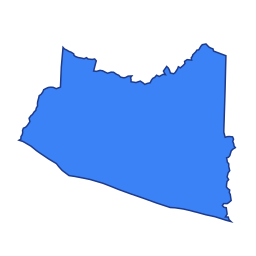 the district of Santa Helena, Paraná, Brazil, rotated 273°
{"feature_id": "56859067B88901030092463", "entity_name": "Santa Helena", "entity_type": "district", "adm_level": 2, "iso_a3": "BRA", "parent_name": "Brazil", "parent_adm1": "Paraná", "projection": "orthographic", "projection_center": [-54.285, -24.867], "detail": "fine", "context": "isolated", "style": "filled", "palette": "blue", "viewbox_px": 256, "rotation_deg": 273, "n_neighbors": 0, "source": "geoboundaries", "source_scale": "gbopen_adm2", "svg_char_len": 2305}
<svg xmlns="http://www.w3.org/2000/svg" viewBox="0 0 256 256"><g transform="rotate(273 128 128)"><path d="M180.2,129.1L179.8,125.4L178.4,123.1L177.9,121.3L178.4,117.9L180.2,116.0L181.0,113.8L182.9,110.7L182.9,108.2L181.6,104.8L182.6,102.3L183.8,99.7L184.1,97.0L182.9,93.6L183.1,90.7L190.7,92.2L193.4,92.8L195.2,91.1L194.6,88.8L194.8,84.5L196.1,82.9L194.9,80.6L195.4,77.7L195.8,74.4L196.6,71.9L197.6,70.3L199.2,69.9L200.7,67.3L201.5,64.8L202.5,63.0L203.6,60.4L205.1,58.9L185.4,58.2L165.3,58.4L163.5,54.3L164.7,51.1L164.7,48.6L164.3,46.3L163.2,44.1L161.8,41.8L159.6,41.1L157.0,39.4L155.6,37.6L153.7,37.3L149.4,36.4L147.7,36.3L145.2,36.5L143.2,35.4L140.8,35.0L139.1,33.4L136.5,31.9L135.3,30.5L132.6,28.7L129.2,29.7L125.2,27.3L123.4,25.7L122.3,23.5L119.9,22.8L118.2,23.1L116.0,22.8L113.9,21.6L111.3,21.6L110.1,19.8L109.0,23.9L104.8,32.1L100.6,37.8L98.1,41.8L97.1,43.5L93.0,50.3L88.7,58.4L85.8,60.9L82.2,64.5L77.4,71.6L76.8,77.7L76.5,79.8L75.6,86.4L74.6,92.9L71.5,105.9L68.8,114.1L65.9,122.5L63.0,132.1L62.4,134.0L58.6,147.3L54.6,160.4L51.4,172.2L50.8,174.3L50.8,179.1L50.0,187.6L48.8,194.5L47.9,198.6L47.5,200.9L45.4,210.5L44.9,213.8L43.9,219.8L42.6,224.8L41.0,230.8L40.0,235.7L41.8,233.6L44.3,232.8L44.3,229.9L47.2,231.5L53.5,230.3L53.9,227.8L55.5,226.3L57.5,227.4L57.7,231.0L58.7,232.4L61.0,234.8L67.0,233.6L68.9,232.5L71.4,232.8L72.8,230.7L74.2,229.4L77.1,229.4L79.8,229.7L81.7,231.2L84.3,229.5L88.4,230.3L90.8,231.8L94.8,230.6L97.5,230.5L99.2,228.9L101.0,228.6L103.4,228.0L104.0,229.8L105.7,231.1L108.6,231.8L110.6,232.3L112.5,234.0L114.0,236.2L115.8,234.7L117.4,234.5L120.2,233.3L122.4,234.0L124.6,232.9L124.8,229.9L124.6,227.7L123.8,225.5L128.8,223.9L131.3,223.8L169.1,223.0L194.1,222.3L205.3,222.0L209.3,209.4L211.5,208.7L212.2,206.3L213.2,204.4L216.0,201.5L215.1,197.8L213.3,196.4L209.8,194.6L209.3,192.6L207.7,191.8L204.5,188.9L202.8,188.5L201.5,187.5L199.1,188.0L199.4,183.5L197.5,181.0L195.3,181.5L193.3,179.8L190.8,177.2L191.8,175.1L189.7,174.4L185.8,172.2L184.6,170.8L185.1,167.5L188.0,166.3L190.0,165.1L191.5,163.4L186.7,160.4L183.2,162.6L183.5,160.4L181.1,156.5L182.2,153.8L179.9,152.0L178.9,150.2L177.2,149.0L174.3,147.7L173.4,144.5L172.4,142.5L173.8,140.7L175.5,137.8L173.8,133.6L174.3,128.6L176.6,128.5L178.4,127.9L180.2,129.1Z" fill="#3b82f6" stroke="#1e3a8a" stroke-width="1.5"/></g></svg>